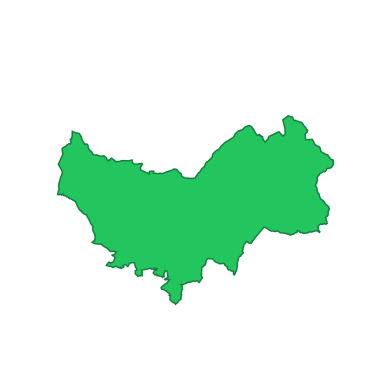 Corund, Harghita, Romania (Mercator projection), rotated 24°
{"feature_id": "2599482B38498090417182", "entity_name": "Corund", "entity_type": "district", "adm_level": 2, "iso_a3": "ROU", "parent_name": "Romania", "parent_adm1": "Harghita", "projection": "mercator", "projection_center": [25.218, 46.501], "detail": "fine", "context": "isolated", "style": "filled", "palette": "green", "viewbox_px": 384, "rotation_deg": 24, "n_neighbors": 0, "source": "geoboundaries", "source_scale": "gbopen_adm2", "svg_char_len": 6082}
<svg xmlns="http://www.w3.org/2000/svg" viewBox="0 0 384 384"><g transform="rotate(24 192 192)"><path d="M324.8,177.1L325.0,176.3L324.7,176.0L323.4,175.5L321.4,172.9L321.3,171.0L322.6,168.9L324.4,168.4L325.9,167.1L327.6,166.9L328.3,165.7L327.7,165.3L327.2,164.0L326.2,163.4L324.6,160.8L324.6,159.9L325.3,159.2L325.7,157.8L324.2,154.0L324.5,152.9L324.2,152.7L324.3,151.3L322.4,149.7L317.7,148.2L317.3,147.6L315.2,146.5L314.8,146.7L314.0,146.2L312.0,146.0L308.9,142.3L308.4,141.9L307.4,141.8L304.4,137.7L302.8,136.2L302.0,136.0L301.9,135.2L302.3,133.6L302.1,133.0L302.2,132.5L301.8,132.0L302.0,131.0L301.7,130.0L300.1,128.3L300.6,127.6L300.4,126.9L301.0,125.6L301.5,122.9L302.8,121.4L303.5,119.9L305.0,119.5L305.4,118.9L305.7,117.4L305.6,116.6L306.1,115.5L307.5,114.4L308.5,114.0L309.5,112.8L309.4,112.3L310.0,109.5L309.9,108.7L309.6,108.1L309.1,107.9L309.1,107.1L308.5,106.7L308.3,105.7L308.0,105.4L305.4,105.6L300.5,102.8L299.5,103.2L294.9,102.8L293.2,102.3L290.7,99.3L289.2,98.8L287.6,99.2L284.9,98.5L280.5,95.0L274.6,98.0L271.9,93.3L272.1,92.9L272.0,92.1L273.0,90.4L272.5,89.8L272.7,89.3L272.5,88.5L270.3,87.8L270.0,87.2L268.6,86.4L268.2,86.5L264.4,84.0L263.1,83.8L261.5,84.5L260.2,84.2L259.3,84.6L257.5,84.5L256.5,85.1L255.1,84.5L253.4,82.7L248.9,83.3L245.6,89.1L251.3,96.4L253.5,101.2L253.3,101.9L252.2,104.0L246.9,101.6L239.8,109.9L239.6,111.7L240.0,112.5L240.0,113.0L239.3,114.0L238.9,116.0L238.4,116.7L235.6,115.1L234.8,114.0L233.9,113.6L233.6,113.1L233.8,112.9L233.4,112.8L232.6,112.9L231.1,112.2L230.4,112.3L230.5,112.6L230.1,112.4L230.0,112.7L229.8,112.6L229.6,113.0L228.0,113.7L222.5,109.7L219.4,108.0L217.1,108.1L216.4,108.7L214.1,110.9L212.7,114.6L209.5,117.4L208.0,120.8L207.7,124.3L207.3,125.6L204.5,129.8L204.4,130.3L202.8,132.0L201.7,134.0L199.6,139.6L199.5,141.3L197.2,144.6L195.8,148.2L195.6,149.0L196.2,152.4L194.1,157.5L193.0,159.0L192.9,163.9L191.5,166.6L191.1,169.9L190.8,171.0L190.2,171.8L189.1,177.9L187.9,178.9L184.0,180.6L179.8,182.0L177.1,182.0L176.4,181.9L174.7,179.7L172.0,179.2L169.9,178.1L168.4,177.7L166.1,178.4L164.8,180.5L163.4,181.3L161.3,183.6L160.0,184.4L159.1,185.8L156.8,187.5L155.3,187.7L153.4,189.3L152.0,189.4L149.2,190.6L148.6,188.5L145.6,189.9L144.9,190.6L145.1,192.2L145.5,192.8L135.9,192.8L134.9,190.0L135.4,187.9L135.3,186.7L134.5,186.3L130.0,189.2L127.9,190.0L126.7,190.0L124.9,188.5L124.3,187.2L121.2,189.4L116.0,191.5L114.7,192.2L113.6,193.4L110.4,195.2L104.7,193.8L104.0,195.0L103.8,196.5L103.2,196.5L102.8,197.2L103.1,197.3L102.9,197.5L101.0,196.9L99.5,195.4L99.1,195.6L96.8,194.8L93.4,196.7L89.9,196.9L88.0,198.0L85.7,197.6L84.2,196.2L80.3,194.8L79.0,193.5L78.0,191.7L77.1,191.1L76.3,191.1L74.8,191.7L74.7,192.0L73.2,190.8L71.1,189.9L68.2,186.4L65.4,184.5L61.2,185.3L58.0,185.3L59.8,189.6L60.0,191.4L60.4,192.1L59.3,193.4L61.2,195.8L61.5,197.2L59.9,198.1L58.6,199.9L58.3,201.3L55.9,204.5L55.7,205.3L57.7,208.7L58.7,209.7L58.6,221.0L65.2,226.0L65.9,228.1L66.2,233.0L67.1,238.9L68.0,241.4L69.1,242.7L70.3,249.0L71.8,248.5L72.4,247.7L74.3,247.7L74.2,246.6L74.9,246.3L75.6,246.6L76.1,247.3L78.5,246.9L79.5,247.4L80.6,247.0L82.7,247.9L83.3,247.4L89.5,248.1L95.3,253.4L97.8,254.4L98.4,254.3L98.8,255.0L102.2,255.9L105.4,256.0L106.2,257.1L108.4,258.5L112.9,262.4L115.0,263.4L117.2,267.6L121.0,270.9L122.3,273.6L122.6,275.6L122.8,276.0L122.8,276.4L121.9,277.0L121.3,278.6L123.7,278.8L127.6,277.7L130.3,276.4L132.6,277.4L138.1,278.0L141.6,279.6L144.4,278.0L147.2,277.6L146.8,279.9L145.8,281.3L144.6,282.0L144.7,282.3L145.6,282.5L146.5,281.9L148.3,283.6L148.6,283.5L148.4,285.9L148.7,286.9L148.4,288.0L146.4,290.2L144.9,289.8L144.2,290.8L144.2,291.6L143.7,292.5L143.8,294.0L148.1,292.9L150.1,293.2L153.2,290.5L153.8,290.9L157.1,290.7L157.4,289.9L158.4,290.6L159.7,289.0L160.1,287.9L158.9,287.1L160.7,285.2L163.7,286.2L163.9,283.4L164.7,281.9L165.5,281.2L168.1,280.1L170.8,283.4L172.5,284.5L173.5,285.6L172.1,287.0L173.5,289.7L174.3,290.2L176.6,290.6L176.7,291.0L178.0,289.9L178.8,289.7L179.5,288.8L180.5,288.8L178.9,285.2L177.8,283.8L185.3,278.5L186.3,278.9L186.5,278.5L188.3,278.3L189.1,276.9L188.9,276.7L190.3,276.7L190.4,276.3L191.2,276.2L191.5,277.9L189.8,278.2L189.5,281.8L192.0,282.7L193.3,281.6L194.1,282.7L195.4,282.0L196.2,282.1L198.2,281.5L199.9,282.0L200.2,280.6L201.0,280.5L199.7,278.7L199.7,276.1L199.4,274.8L201.6,274.5L204.9,279.8L203.9,280.8L203.6,281.9L202.8,282.2L202.6,283.1L203.6,283.1L205.0,281.7L207.0,281.4L206.5,282.1L206.7,282.7L206.4,283.3L206.6,283.7L206.2,284.3L206.4,284.9L203.8,289.0L202.9,290.8L202.7,292.2L204.1,293.1L205.2,292.7L207.7,292.7L213.1,294.2L213.1,295.5L214.5,295.2L214.6,297.0L215.7,299.4L219.8,300.8L220.9,300.2L222.6,301.3L222.9,300.3L223.9,298.8L223.8,297.8L224.0,297.0L225.3,295.0L225.3,294.0L225.5,293.8L224.7,292.4L224.2,289.9L223.7,290.0L223.1,288.9L223.3,288.7L222.6,285.4L222.8,284.8L221.7,282.4L220.7,281.6L219.7,281.3L221.5,280.2L222.1,279.2L224.1,277.6L224.3,276.7L225.2,275.9L225.7,275.9L226.2,275.3L227.0,275.2L228.9,273.2L230.1,272.7L230.2,272.3L231.4,272.1L231.8,271.4L233.4,271.0L235.3,271.8L236.4,266.0L234.7,264.8L231.6,256.7L232.3,256.2L232.8,254.7L232.7,253.7L233.5,253.6L233.7,253.1L233.7,251.6L233.3,251.1L232.7,248.2L233.7,246.3L238.2,244.7L241.6,246.3L243.7,246.4L245.5,246.0L246.0,246.4L248.1,245.6L248.9,244.8L250.8,244.3L251.6,245.4L254.8,246.3L255.6,247.5L257.0,248.3L258.2,247.7L260.2,248.2L261.6,247.6L262.3,247.8L263.2,250.0L263.6,249.9L264.0,250.5L264.4,250.5L264.5,249.9L264.5,245.2L263.3,240.6L262.0,237.6L261.9,235.7L261.5,234.3L261.4,231.8L262.5,230.9L262.4,229.3L263.5,227.3L263.6,226.6L262.3,225.9L260.8,218.9L261.4,217.6L261.8,214.9L263.9,215.5L266.8,214.9L268.3,207.8L272.1,194.7L274.6,194.7L278.7,195.5L280.5,195.4L281.1,194.9L283.2,194.6L286.6,192.6L289.0,193.4L289.7,193.3L290.7,192.5L292.1,192.5L292.9,191.8L294.9,191.8L295.2,191.4L296.7,191.7L297.0,191.3L299.4,191.4L299.8,190.7L301.7,189.2L302.9,187.3L304.0,186.6L304.3,185.8L303.9,184.4L304.0,184.3L306.4,184.2L307.0,184.9L308.1,184.8L308.8,184.4L310.5,184.6L314.3,182.3L315.3,180.8L317.6,179.9L320.6,177.2L322.4,176.6L324.8,177.1Z" fill="#22c55e" stroke="#15803d" stroke-width="1.5"/></g></svg>